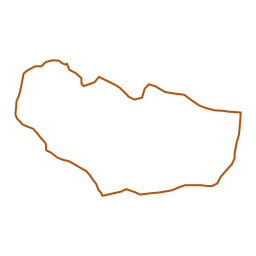 outline of Ujar District, Ucar, Azerbaijan
{"feature_id": "54616110B8701125158325", "entity_name": "Ujar District", "entity_type": "district", "adm_level": 2, "iso_a3": "AZE", "parent_name": "Azerbaijan", "parent_adm1": "Ucar", "projection": "albers", "projection_center": [47.737, 40.438], "detail": "fine", "context": "isolated", "style": "outline", "palette": "amber", "viewbox_px": 256, "rotation_deg": 0, "n_neighbors": 0, "source": "geoboundaries", "source_scale": "gbopen_adm2", "svg_char_len": 1175}
<svg xmlns="http://www.w3.org/2000/svg" viewBox="0 0 256 256"><path d="M46.1,150.2L51.3,152.8L57.3,157.6L63.2,159.9L68.8,161.1L76.5,165.5L80.1,167.7L86.2,171.0L89.6,174.9L92.6,179.4L96.2,184.0L98.6,190.1L101.1,192.9L102.3,195.7L105.0,195.3L109.8,194.1L120.6,191.7L126.2,189.2L135.0,192.2L140.1,194.6L150.1,193.3L159.3,192.5L171.6,190.4L180.1,186.8L185.2,185.2L193.7,185.2L200.8,185.2L207.8,186.0L212.1,186.0L213.7,185.2L217.3,183.4L220.8,176.7L226.4,170.2L231.8,164.3L234.6,158.4L234.6,154.0L236.6,142.7L238.9,134.7L239.4,130.6L240.4,118.5L240.6,112.5L239.4,112.4L227.9,111.6L223.0,110.8L214.5,110.3L205.4,107.9L199.1,105.4L189.7,99.0L184.3,94.8L172.7,93.3L165.1,92.0L155.5,86.4L148.9,84.3L144.7,88.6L142.1,97.5L134.5,99.6L128.5,96.6L124.2,91.9L119.8,87.8L115.1,84.8L99.0,76.9L94.4,82.3L83.5,86.1L81.5,83.5L81.4,78.1L75.5,73.0L69.3,69.7L66.9,63.8L65.7,64.6L62.6,63.4L58.6,60.6L52.6,60.3L46.0,61.9L41.3,66.3L35.1,66.3L27.4,70.4L23.7,73.5L22.8,77.7L21.5,84.7L20.2,90.7L18.8,95.8L16.5,101.2L16.1,107.5L15.4,114.3L16.9,118.4L21.3,122.9L22.1,124.3L27.2,126.5L33.1,128.7L37.5,133.7L40.2,137.2L45.2,142.9L46.1,145.4L46.1,150.2Z" fill="none" stroke="#b45309" stroke-width="2"/></svg>